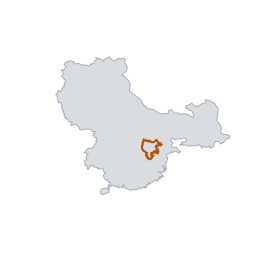 where Henan sits in China, rotated 35°
{"feature_id": "CHN-1812", "entity_name": "Henan", "entity_type": "Province", "adm_level": 1, "iso_a3": "CHN", "parent_name": "China", "parent_adm1": "", "projection": "equal_earth", "projection_center": [114.102, 33.88], "detail": "fine", "context": "in_parent", "style": "outline", "palette": "amber", "viewbox_px": 256, "rotation_deg": 35, "n_neighbors": 0, "source": "natural_earth", "source_scale": "10m", "svg_char_len": 7597}
<svg xmlns="http://www.w3.org/2000/svg" viewBox="0 0 256 256"><g transform="rotate(35 128 128)"><path d="M139.4,183.4L135.2,181.4L134.9,179.2L135.6,178.0L132.6,177.3L130.9,175.5L126.5,179.0L125.5,177.9L123.4,179.4L121.8,178.1L120.7,179.7L119.4,179.2L118.7,180.2L119.2,184.9L117.7,184.8L117.2,182.4L114.2,183.5L113.5,181.2L111.2,180.6L112.4,177.2L110.4,176.2L109.9,173.1L110.4,172.2L106.3,173.1L106.9,171.8L106.4,170.0L107.4,167.4L110.2,164.8L110.5,157.6L109.4,157.7L108.9,155.2L107.6,153.7L106.5,154.9L103.2,154.1L104.3,152.6L103.9,151.4L102.9,152.0L103.7,150.6L102.7,149.8L100.6,151.5L98.3,150.3L93.8,153.2L91.8,156.0L89.6,156.9L87.5,155.5L83.2,154.6L79.7,158.7L79.1,155.4L75.9,156.6L72.9,155.4L72.2,156.1L71.4,155.3L70.8,156.2L70.0,154.6L68.3,154.5L68.5,153.3L65.7,152.0L65.4,150.7L63.8,150.9L59.5,146.1L57.6,146.1L56.5,147.3L50.9,141.7L49.8,142.1L50.1,139.4L49.3,137.1L51.9,137.2L51.2,131.0L52.1,129.9L50.2,128.4L50.0,125.1L44.5,123.8L43.9,122.8L44.0,120.4L40.0,118.5L42.4,117.5L41.8,116.7L42.2,113.5L39.3,112.7L39.4,109.4L40.3,108.9L40.9,107.1L43.7,105.4L45.9,104.9L46.1,106.1L48.0,105.9L50.2,103.4L53.8,103.2L55.9,101.3L60.6,99.5L60.8,97.1L62.0,96.3L61.7,95.7L62.9,95.2L62.3,91.7L63.1,89.4L61.4,88.8L66.9,87.1L69.2,87.9L69.6,86.8L68.9,86.2L71.9,80.4L76.6,81.7L78.7,80.8L80.1,76.4L82.6,75.6L83.9,73.6L86.5,73.3L86.6,75.5L92.6,78.6L94.1,82.6L92.5,86.4L93.0,87.7L100.4,88.6L105.3,91.1L105.2,91.9L107.8,96.9L122.5,97.6L124.3,99.0L128.8,100.6L131.1,100.1L131.1,100.9L132.5,101.2L137.8,98.5L145.2,98.0L148.3,96.7L150.1,94.6L152.8,93.2L151.3,90.7L152.8,88.1L157.6,89.3L160.4,86.9L163.5,86.7L166.0,83.6L168.2,83.4L168.4,82.6L175.3,82.3L174.8,80.5L171.3,77.5L169.3,77.5L168.1,78.7L166.5,77.9L164.1,78.6L163.0,77.0L166.1,71.0L169.4,72.1L173.2,70.2L172.9,69.0L175.2,64.9L177.0,63.2L176.6,61.6L175.0,61.1L177.4,59.2L184.3,58.3L189.9,60.0L192.0,62.3L196.0,69.7L196.0,71.1L201.5,72.5L204.6,74.4L206.3,78.6L210.4,78.5L212.1,77.1L215.1,76.1L216.2,76.6L216.7,78.5L215.3,80.0L214.8,83.8L213.2,87.9L209.5,87.2L207.2,89.0L208.5,94.4L208.1,96.2L206.3,96.9L206.7,97.6L204.7,95.8L204.3,97.9L202.2,99.5L199.6,99.7L200.4,101.1L200.1,102.0L195.8,100.7L193.9,103.8L190.7,105.5L189.0,107.6L184.9,108.9L180.0,112.2L179.8,111.5L181.5,110.8L181.9,109.7L180.3,109.7L180.2,109.1L183.0,105.4L181.7,103.5L179.8,103.8L177.8,106.4L174.7,108.3L173.5,110.5L170.0,110.7L169.6,113.4L173.5,114.9L173.6,117.7L174.6,118.5L176.0,118.4L177.4,116.4L178.9,115.8L181.6,117.2L184.7,117.5L183.8,119.7L182.5,119.2L179.2,120.5L178.8,122.5L177.4,122.2L177.7,123.1L174.4,127.7L177.8,130.0L179.8,136.5L182.9,139.6L182.7,140.5L178.8,138.8L177.3,139.5L179.4,139.3L183.0,143.1L180.1,145.8L178.8,145.9L178.0,146.5L181.3,146.2L183.9,148.0L182.1,149.6L183.6,149.6L183.4,151.1L182.0,151.1L182.7,151.8L182.1,153.1L182.6,154.6L181.1,154.4L179.9,155.8L177.8,161.6L176.3,160.9L177.3,162.8L176.0,164.0L175.0,163.7L176.5,164.2L176.5,166.8L175.1,166.6L175.5,167.5L174.5,167.6L173.5,170.1L170.9,170.7L171.6,171.7L169.5,174.5L168.0,174.2L166.6,177.2L158.8,179.1L157.2,176.6L156.6,177.4L157.3,180.3L155.8,180.4L154.2,182.3L153.5,181.4L153.3,182.4L152.1,182.0L151.0,183.2L147.2,184.2L146.3,185.9L147.5,187.7L146.9,188.7L145.4,188.4L144.8,186.0L145.6,183.5L144.5,182.6L143.1,183.8L141.0,181.7L141.1,182.9L139.4,183.4ZM147.9,189.3L149.1,191.4L146.0,196.7L144.2,197.7L141.5,196.3L141.5,193.0L143.4,190.5L147.9,189.3ZM183.0,141.3L182.0,141.1L181.0,140.0L181.8,140.2L183.0,141.3ZM184.5,147.2L183.7,147.4L183.5,146.9L184.5,147.2ZM177.2,166.0L176.8,166.6L176.9,165.8L177.2,166.0ZM146.8,185.6L147.5,185.3L147.5,185.8L146.8,185.6Z" fill="#d9dde1" stroke="#a8b0b8" stroke-width="1"/><path d="M158.3,121.6L158.5,121.7L158.8,121.6L158.9,121.8L159.2,122.1L159.4,122.1L159.5,122.0L159.8,122.1L160.0,122.2L160.4,122.5L160.6,122.5L160.9,122.4L161.1,122.5L161.3,122.4L161.5,122.6L161.5,122.8L161.9,122.6L161.9,122.4L162.1,122.3L162.3,122.3L162.5,122.4L162.7,122.7L162.8,122.7L163.0,122.5L163.1,122.4L163.1,122.8L163.0,123.1L162.8,123.2L162.8,123.3L162.7,123.9L162.8,123.9L163.0,123.7L163.1,123.4L163.4,123.4L163.8,123.3L164.0,123.2L164.3,122.9L164.6,122.9L165.0,122.6L165.0,122.8L164.9,123.2L164.7,123.1L164.4,123.3L164.4,123.5L164.1,123.6L163.8,124.0L163.7,124.1L163.4,124.2L163.3,124.3L163.0,124.5L162.9,124.8L162.8,125.1L162.7,125.1L162.5,125.3L162.2,125.4L162.0,125.5L161.8,125.7L161.8,125.9L161.6,126.2L161.3,126.3L161.4,126.6L161.3,126.9L161.3,127.0L161.5,127.1L161.8,127.0L162.3,127.3L162.5,127.5L162.4,127.7L162.5,127.7L163.1,127.9L163.1,128.3L163.3,128.6L163.7,128.8L163.8,128.7L164.1,128.7L164.2,128.8L164.5,128.7L164.8,128.6L165.0,128.7L165.2,128.8L165.3,128.8L165.3,129.2L165.3,129.3L165.4,129.5L165.8,129.7L166.0,129.9L166.0,130.0L166.5,129.9L166.6,130.0L166.6,130.3L166.5,130.5L166.6,130.8L166.7,131.0L166.8,131.3L166.8,131.5L166.6,131.4L166.5,131.5L166.4,131.6L166.2,131.7L166.2,131.9L165.4,132.2L165.2,132.1L165.1,131.9L165.0,131.7L164.7,131.4L164.8,131.2L164.7,131.1L164.4,131.0L164.1,130.8L163.8,130.9L163.6,131.2L163.5,131.5L163.7,132.0L163.6,132.3L163.7,132.8L163.3,132.9L163.1,132.9L163.0,133.1L162.9,133.0L162.9,133.3L162.8,133.5L162.9,134.1L162.7,134.3L162.7,134.6L162.4,134.7L162.2,134.8L161.9,134.8L161.7,134.6L161.5,134.8L161.5,135.0L161.4,135.1L161.5,135.2L161.6,135.3L161.8,135.4L161.9,135.5L162.2,135.6L162.4,135.7L162.4,136.0L162.4,136.3L162.5,136.5L162.4,136.8L162.6,136.8L163.0,137.0L163.3,137.4L163.5,137.6L163.8,137.5L163.9,137.3L163.9,137.2L164.1,137.3L164.1,137.2L164.2,137.3L164.3,137.2L164.5,136.9L164.5,137.0L164.5,137.5L164.6,138.0L164.7,139.1L164.6,139.7L164.6,140.1L164.2,140.1L163.9,140.1L163.6,140.2L163.5,140.3L163.3,140.5L163.3,140.8L163.0,141.2L163.0,141.4L163.0,141.6L162.9,141.7L162.7,141.7L162.5,141.4L162.5,141.2L162.3,140.9L162.2,140.9L162.1,141.2L161.9,141.3L161.4,141.3L161.2,141.3L161.0,141.2L160.9,141.2L160.7,141.0L160.4,141.0L160.4,140.8L160.4,140.7L160.5,140.5L160.5,140.4L160.4,140.3L160.2,140.2L160.1,140.3L159.9,140.3L159.6,140.1L159.2,139.8L159.0,140.1L158.9,140.2L158.6,140.2L158.6,139.9L158.4,139.9L158.3,139.6L158.1,139.3L158.1,139.0L158.0,138.7L158.0,138.1L158.1,137.8L157.9,137.5L157.7,137.5L157.5,137.8L157.4,137.8L157.3,138.0L157.0,138.0L156.7,137.9L156.5,137.7L156.4,137.6L156.2,137.5L155.8,137.5L155.7,137.5L155.2,137.7L154.9,137.8L154.5,137.7L154.2,137.7L153.9,137.8L153.7,137.7L153.5,137.8L153.3,137.6L153.2,137.6L152.8,137.4L152.7,137.4L151.9,137.1L151.8,136.9L151.5,136.7L151.4,136.7L151.3,136.8L151.2,136.8L151.2,136.7L151.1,136.4L150.8,136.1L150.6,135.8L150.3,135.5L150.2,135.4L150.2,135.2L149.9,134.8L149.9,134.5L149.7,134.4L149.5,134.2L149.6,133.6L149.5,133.4L149.6,133.1L149.5,132.8L149.4,132.6L149.2,132.5L149.0,132.3L148.9,132.2L148.8,131.9L148.6,131.7L148.4,131.7L148.5,131.2L148.4,130.9L148.4,130.6L148.4,130.4L148.2,130.3L148.0,130.2L147.9,130.1L147.9,129.9L148.0,129.8L148.0,129.7L147.9,129.5L147.7,129.4L147.6,129.2L147.6,128.6L147.8,128.7L148.1,128.6L148.4,128.7L148.5,128.6L148.8,128.5L148.9,128.4L149.3,128.4L149.4,128.1L149.5,128.2L150.0,128.0L150.0,127.9L150.3,127.9L150.4,127.7L150.5,127.8L150.6,127.7L150.8,127.8L151.3,127.6L151.5,127.4L151.6,127.2L151.9,127.0L152.0,126.9L152.2,126.7L152.4,126.7L152.5,126.7L152.8,126.9L152.9,126.6L152.9,126.1L153.1,126.1L153.7,126.2L153.9,126.1L154.2,126.2L154.3,126.2L154.5,125.9L154.8,125.8L155.1,126.1L155.4,126.1L155.6,126.0L155.7,125.8L155.8,125.7L156.1,125.6L156.4,125.4L156.6,125.3L156.6,125.2L157.1,125.0L157.4,124.7L157.5,124.6L157.6,124.4L157.5,124.0L157.5,123.9L157.6,123.6L157.6,123.4L157.7,123.1L157.8,122.9L157.8,122.7L157.8,122.4L157.8,122.2L157.9,121.7L158.2,121.7L158.3,121.6Z" fill="none" stroke="#b45309" stroke-width="2"/></g></svg>